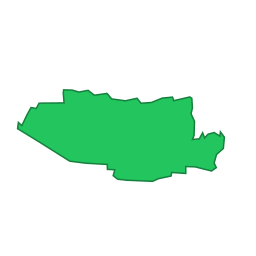 Hawkins, Tennessee, United States of America, rotated 212°
{"feature_id": "52423323B16359627496109", "entity_name": "Hawkins", "entity_type": "district", "adm_level": 2, "iso_a3": "USA", "parent_name": "United States of America", "parent_adm1": "Tennessee", "projection": "robinson", "projection_center": [-82.986, 36.418], "detail": "fine", "context": "isolated", "style": "filled", "palette": "green", "viewbox_px": 256, "rotation_deg": 212, "n_neighbors": 0, "source": "geoboundaries", "source_scale": "gbopen_adm2", "svg_char_len": 858}
<svg xmlns="http://www.w3.org/2000/svg" viewBox="0 0 256 256"><g transform="rotate(212 128 128)"><path d="M34.4,135.8L32.1,141.2L36.4,144.0L38.9,152.4L36.3,161.2L41.4,171.3L47.6,173.7L45.8,169.8L52.5,169.8L56.8,165.2L57.8,160.2L62.2,163.5L61.8,156.6L67.3,152.4L68.0,156.6L75.1,168.9L82.1,173.5L83.9,179.0L89.6,187.0L92.0,187.1L103.7,175.4L106.6,177.8L114.8,171.5L121.6,162.1L130.1,155.9L136.1,158.0L144.6,149.7L157.3,144.0L164.1,146.2L173.9,138.0L181.8,138.8L188.6,132.5L195.4,130.6L202.8,126.2L201.5,123.4L195.5,115.4L216.5,102.0L216.2,95.9L221.1,94.0L220.6,85.2L219.3,73.8L223.9,74.6L221.3,68.9L201.7,69.1L197.2,69.1L159.8,69.0L144.9,75.9L126.3,86.1L123.5,82.0L117.1,85.6L115.3,79.7L109.6,79.1L101.3,83.1L78.9,95.8L75.1,101.4L66.0,110.1L67.4,113.4L54.9,120.1L58.6,125.9L50.5,130.6L34.4,135.8Z" fill="#22c55e" stroke="#15803d" stroke-width="1.5"/></g></svg>